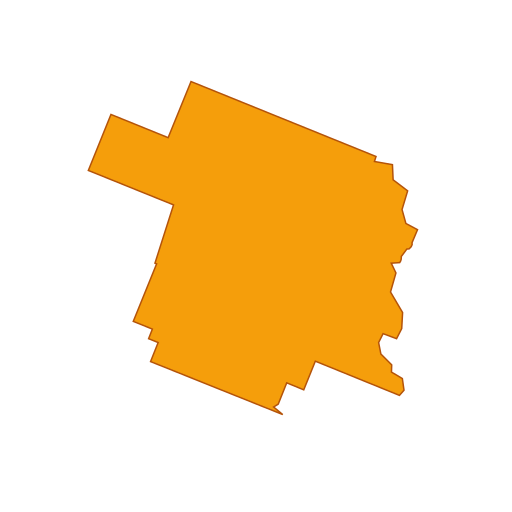 the district of Greer, Oklahoma, United States of America, rotated 22°
{"feature_id": "52423323B82267660013487", "entity_name": "Greer", "entity_type": "district", "adm_level": 2, "iso_a3": "USA", "parent_name": "United States of America", "parent_adm1": "Oklahoma", "projection": "robinson", "projection_center": [-99.448, 34.921], "detail": "fine", "context": "isolated", "style": "filled", "palette": "amber", "viewbox_px": 512, "rotation_deg": 22, "n_neighbors": 0, "source": "geoboundaries", "source_scale": "gbopen_adm2", "svg_char_len": 791}
<svg xmlns="http://www.w3.org/2000/svg" viewBox="0 0 512 512"><g transform="rotate(22 256 256)"><path d="M68.5,179.1L68.5,239.5L160.4,239.5L165.0,300.5L166.8,300.5L166.7,362.6L187.3,362.6L187.4,372.9L197.7,372.9L197.8,393.4L340.2,393.0L328.9,389.4L332.1,385.0L332.0,362.1L350.4,362.2L350.4,331.3L441.2,331.5L443.5,325.0L437.6,314.8L425.1,312.9L422.6,306.1L408.5,300.1L402.1,290.3L402.9,280.4L417.3,280.0L418.3,268.7L413.1,253.5L394.2,239.0L392.1,219.3L384.1,212.0L391.7,208.3L392.0,206.4L391.8,204.5L390.9,201.9L391.4,200.2L392.7,195.2L393.2,193.1L395.3,192.0L396.4,189.3L396.5,187.0L395.7,185.2L395.9,171.1L382.8,169.7L374.0,158.2L372.2,138.8L354.6,134.0L348.3,120.2L330.4,124.0L330.0,118.8L130.4,118.6L130.2,179.2L68.5,179.1Z" fill="#f59e0b" stroke="#b45309" stroke-width="1.5"/></g></svg>